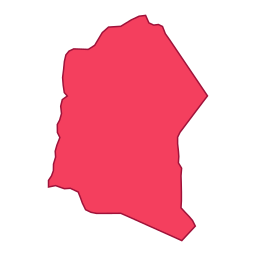 outline of Amparo, Paraíba, Brazil
{"feature_id": "56859067B25087670535038", "entity_name": "Amparo", "entity_type": "district", "adm_level": 2, "iso_a3": "BRA", "parent_name": "Brazil", "parent_adm1": "Paraíba", "projection": "equal_earth", "projection_center": [-37.05, -7.562], "detail": "fine", "context": "isolated", "style": "filled", "palette": "rose", "viewbox_px": 256, "rotation_deg": 0, "n_neighbors": 0, "source": "geoboundaries", "source_scale": "gbopen_adm2", "svg_char_len": 922}
<svg xmlns="http://www.w3.org/2000/svg" viewBox="0 0 256 256"><path d="M80.5,197.8L82.4,203.1L85.6,209.7L91.0,212.3L96.5,213.4L103.9,213.4L120.8,213.3L127.2,216.1L181.8,240.6L195.3,226.1L192.5,220.5L189.2,216.6L185.1,212.3L181.0,207.8L181.4,200.8L181.4,192.3L181.2,182.6L181.0,175.9L181.6,168.2L178.4,162.9L178.8,156.5L178.4,151.0L177.6,143.8L177.6,137.2L180.0,132.3L202.6,102.3L207.5,95.9L169.6,39.8L165.3,33.7L162.5,26.5L158.4,24.5L153.7,25.1L148.9,22.9L145.6,15.4L139.1,16.2L131.4,19.8L120.8,26.3L108.5,27.1L102.3,32.6L94.7,45.3L88.3,49.4L73.7,48.9L69.0,51.1L65.9,54.9L64.4,61.4L63.6,69.6L62.6,77.5L63.2,85.2L64.3,92.6L67.3,96.0L62.3,99.6L60.7,106.2L61.5,113.6L59.7,120.0L57.3,124.5L57.4,132.5L59.9,137.5L56.9,145.2L55.2,151.2L55.6,157.1L53.5,164.1L53.4,170.7L51.5,175.9L48.5,180.4L48.5,187.0L55.6,185.6L60.6,187.4L64.4,188.7L70.3,188.3L78.2,192.0L80.5,197.8Z" fill="#f43f5e" stroke="#9f1239" stroke-width="1.5"/></svg>